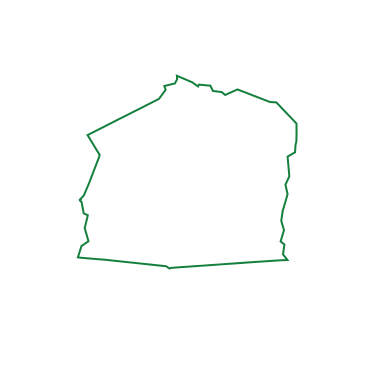 the district of Johnston, North Carolina, United States of America, rotated 219°
{"feature_id": "52423323B84526796546447", "entity_name": "Johnston", "entity_type": "district", "adm_level": 2, "iso_a3": "USA", "parent_name": "United States of America", "parent_adm1": "North Carolina", "projection": "robinson", "projection_center": [-78.326, 35.536], "detail": "fine", "context": "isolated", "style": "outline", "palette": "green", "viewbox_px": 384, "rotation_deg": 219, "n_neighbors": 0, "source": "geoboundaries", "source_scale": "gbopen_adm2", "svg_char_len": 1263}
<svg xmlns="http://www.w3.org/2000/svg" viewBox="0 0 384 384"><g transform="rotate(219 192 192)"><path d="M75.0,199.2L82.0,200.8L87.1,209.3L92.0,209.3L96.5,220.2L104.5,225.8L109.2,233.7L109.3,234.0L109.7,234.6L116.3,250.4L124.0,256.5L126.2,265.4L140.0,279.7L136.9,287.7L137.1,288.0L141.1,293.6L142.7,297.0L147.3,302.9L153.8,310.9L162.3,312.1L163.4,312.2L169.0,312.9L180.5,314.4L182.9,314.7L184.7,313.4L188.0,311.0L211.7,303.4L212.6,303.2L213.9,302.7L221.2,300.3L227.3,288.3L231.9,288.3L239.3,283.7L244.6,286.2L254.2,279.8L254.2,279.6L254.0,279.4L253.9,279.1L253.9,278.7L254.1,278.2L253.9,277.8L260.8,277.4L276.9,272.8L274.5,270.2L273.6,265.6L280.2,257.0L276.8,254.8L276.3,243.5L292.7,206.9L293.1,206.0L294.1,203.8L294.2,203.7L298.9,193.1L309.0,170.5L306.7,169.7L290.5,163.9L287.8,163.0L287.3,162.9L286.3,161.0L277.5,133.9L273.9,121.3L274.2,117.1L274.3,115.7L273.7,115.8L273.7,115.5L274.1,115.3L273.9,114.9L273.6,114.8L271.5,114.7L262.7,107.2L258.4,108.4L258.3,108.1L258.1,107.7L257.9,107.3L257.8,107.2L257.7,107.1L252.7,96.5L241.5,88.6L243.9,80.4L239.5,69.4L237.3,70.8L236.2,71.5L214.9,86.0L214.5,86.2L165.4,118.0L161.3,118.4L160.5,119.9L99.1,177.2L91.4,184.3L84.4,190.8L80.3,194.6L80.2,194.7L75.0,199.2Z" fill="none" stroke="#15803d" stroke-width="2"/></g></svg>